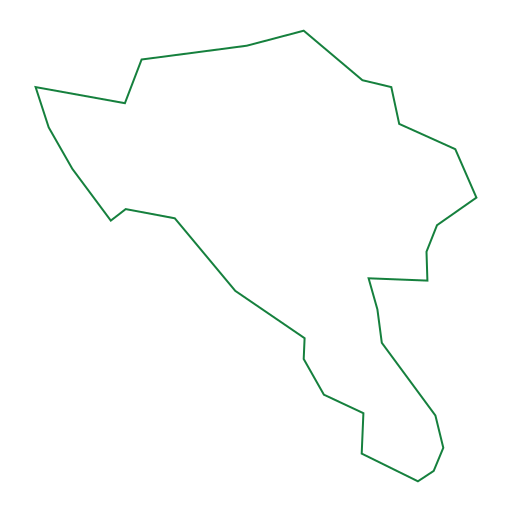 Gjirokastër, Gjirokastër, Albania (Equal Earth projection)
{"feature_id": "67620474B28188595050305", "entity_name": "Gjirokastër", "entity_type": "district", "adm_level": 2, "iso_a3": "ALB", "parent_name": "Albania", "parent_adm1": "Gjirokastër", "projection": "equal_earth", "projection_center": [20.246, 40.01], "detail": "fine", "context": "isolated", "style": "outline", "palette": "green", "viewbox_px": 512, "rotation_deg": 0, "n_neighbors": 0, "source": "geoboundaries", "source_scale": "gbopen_adm2", "svg_char_len": 501}
<svg xmlns="http://www.w3.org/2000/svg" viewBox="0 0 512 512"><path d="M246.8,45.7L141.6,59.5L124.9,103.2L35.6,87.1L48.7,127.4L72.3,168.8L110.8,220.6L125.7,209.1L174.8,218.3L235.3,290.9L304.6,338.2L303.7,359.0L323.9,394.7L363.4,413.2L361.7,453.6L417.9,481.3L433.7,470.9L443.3,447.8L435.4,415.5L381.8,342.8L377.4,309.4L368.6,278.3L427.4,280.6L426.5,251.7L437.0,225.2L476.4,197.6L455.3,149.2L399.2,123.9L391.3,87.1L362.4,80.2L303.7,30.7L246.8,45.7Z" fill="none" stroke="#15803d" stroke-width="2"/></svg>